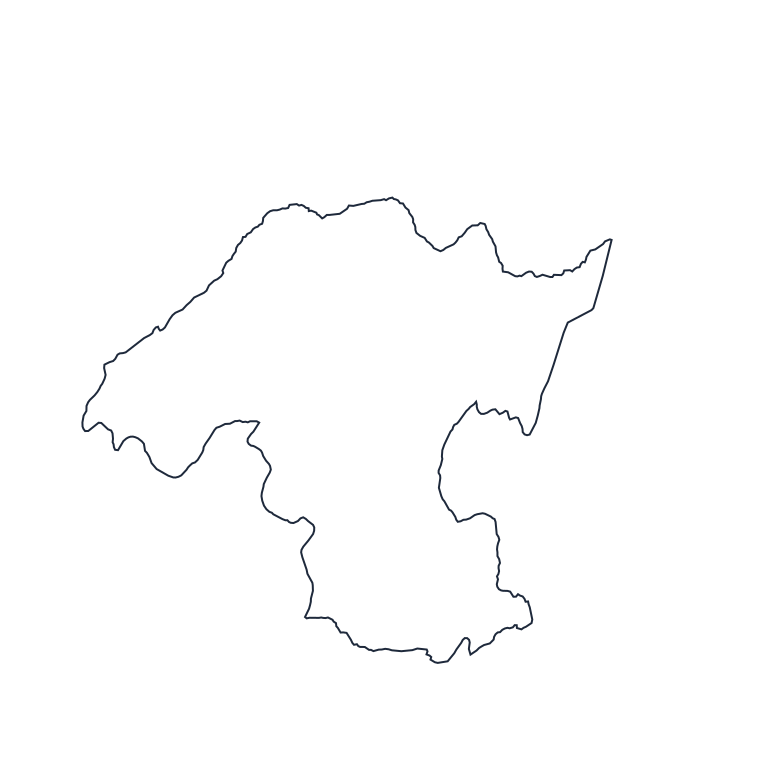 Sirisia, Western, Kenya (Equal Earth projection), rotated 211°
{"feature_id": "3690345B98600192059761", "entity_name": "Sirisia", "entity_type": "district", "adm_level": 2, "iso_a3": "KEN", "parent_name": "Kenya", "parent_adm1": "Western", "projection": "equal_earth", "projection_center": [34.469, 0.737], "detail": "fine", "context": "isolated", "style": "outline", "palette": "slate", "viewbox_px": 768, "rotation_deg": 211, "n_neighbors": 0, "source": "geoboundaries", "source_scale": "gbopen_adm2", "svg_char_len": 6154}
<svg xmlns="http://www.w3.org/2000/svg" viewBox="0 0 768 768"><g transform="rotate(211 384 384)"><path d="M460.7,548.5L463.4,547.2L466.6,548.6L469.0,548.3L470.9,547.6L472.8,548.1L475.3,545.7L476.9,542.6L479.1,542.5L481.5,539.9L488.3,535.1L490.3,532.8L492.5,530.8L493.7,528.4L495.9,526.8L502.0,520.9L506.0,518.9L505.9,515.2L509.6,507.1L517.6,501.0L520.1,499.5L521.1,496.2L522.3,494.1L526.8,495.2L528.7,494.9L530.2,496.0L535.7,495.1L537.5,493.5L539.2,495.8L541.8,494.8L544.5,495.3L547.0,495.0L548.7,493.2L551.4,493.3L557.2,488.9L556.8,485.5L559.0,483.5L561.5,482.2L563.2,479.8L565.2,477.8L568.5,475.8L570.6,473.5L572.0,470.3L573.1,464.2L571.7,461.3L571.0,458.6L572.8,456.3L573.2,453.9L574.9,451.9L576.0,449.4L576.3,445.4L578.5,442.1L578.5,438.8L580.6,437.3L579.6,433.9L579.8,430.8L580.8,428.0L580.7,424.5L579.3,421.1L579.7,418.1L579.8,415.5L579.1,412.7L580.8,409.5L581.7,406.7L580.9,398.1L578.9,396.3L579.1,392.5L580.8,388.0L582.8,385.1L584.8,378.4L584.2,372.6L585.3,369.5L591.3,360.3L592.3,354.6L593.8,350.0L595.0,344.1L599.5,337.6L600.7,334.0L601.1,329.2L600.9,319.6L601.8,316.7L603.4,314.5L605.5,315.3L607.2,316.7L608.7,315.0L609.3,311.7L608.7,308.3L609.9,305.4L613.3,299.8L621.7,278.1L623.6,276.1L626.3,274.1L627.5,271.9L627.3,267.1L628.0,264.2L630.5,261.4L633.6,256.6L632.1,253.5L627.3,248.4L626.2,244.6L625.6,239.0L625.9,236.5L625.5,233.5L625.6,229.4L626.2,225.2L627.9,218.9L628.2,216.0L627.7,212.0L625.2,207.6L625.2,202.2L622.7,195.7L620.5,192.3L618.6,190.8L616.0,189.7L613.3,191.4L608.7,203.8L606.2,205.0L597.2,203.0L593.9,203.6L591.3,201.9L588.1,197.5L586.6,194.3L584.8,193.1L583.0,190.8L580.6,189.1L577.9,190.3L578.0,200.8L576.8,204.5L575.6,206.6L574.1,208.3L572.1,209.6L569.8,210.3L566.9,210.7L562.0,210.1L559.0,209.1L554.4,203.6L551.8,202.9L547.5,200.6L542.5,196.5L535.1,194.0L521.6,194.3L516.4,195.4L514.5,196.5L512.4,198.6L510.7,201.3L509.1,208.8L509.0,211.7L508.4,214.2L507.5,217.2L505.6,219.4L504.6,223.0L504.5,231.7L504.9,234.3L506.1,237.1L506.2,241.1L505.7,247.9L505.6,257.3L505.1,260.2L502.9,262.7L499.6,267.9L495.6,270.6L492.6,275.5L490.9,276.5L488.9,278.3L485.5,278.6L483.2,280.4L481.0,281.0L479.6,283.1L473.9,286.5L471.1,286.6L471.4,275.8L472.2,272.7L472.6,267.0L471.3,264.3L469.1,263.0L466.2,262.7L464.1,263.6L462.2,263.8L457.7,263.8L455.2,263.5L453.2,262.4L450.4,260.0L445.6,257.5L441.4,256.2L439.5,255.1L436.9,252.3L436.3,249.2L436.2,243.4L435.5,236.3L434.4,233.8L432.7,227.9L431.3,224.8L428.3,221.3L424.2,217.9L420.3,216.1L416.4,215.4L413.8,215.9L411.8,215.3L401.4,215.9L398.4,216.4L396.6,217.5L394.4,216.8L392.5,217.0L390.0,218.2L387.2,222.2L386.4,225.8L384.6,228.1L381.5,228.1L378.5,227.4L372.2,226.7L369.9,225.1L368.3,222.2L367.5,218.9L368.2,210.9L369.4,203.1L369.3,199.4L368.3,197.0L364.8,193.5L354.7,185.0L351.9,181.9L343.0,176.7L341.5,174.9L338.4,170.1L336.1,162.4L334.6,159.7L333.5,156.4L332.5,152.8L331.7,143.6L329.6,143.3L327.4,145.3L319.2,150.1L317.6,151.5L315.6,152.2L313.5,153.3L311.8,155.0L306.7,155.4L304.8,154.4L302.0,154.3L300.1,151.8L298.0,151.2L293.2,148.6L291.0,150.1L287.9,151.4L280.6,147.7L277.8,145.8L275.4,145.0L273.2,147.0L271.0,146.1L269.1,146.3L265.0,148.7L259.9,148.4L258.2,149.4L255.5,149.6L251.7,153.6L249.1,155.3L246.6,157.6L243.4,159.0L240.1,159.8L231.5,163.9L222.6,170.5L219.2,174.4L210.6,178.4L209.0,177.2L208.3,174.1L205.1,174.7L202.9,174.3L202.2,171.7L197.1,171.7L194.3,172.6L186.6,179.1L185.1,189.4L185.2,193.7L184.5,202.0L184.7,205.1L183.9,207.8L181.8,209.0L179.3,208.5L177.4,206.6L174.8,200.6L170.5,196.6L167.4,203.2L166.5,206.8L165.1,209.5L163.8,211.8L159.7,216.1L158.4,221.4L159.4,224.0L159.5,226.9L158.6,229.6L156.7,231.1L156.0,234.2L154.5,236.7L152.6,238.6L150.5,239.3L148.2,241.8L147.8,244.6L146.0,245.6L144.4,243.3L139.8,244.5L138.8,246.9L137.3,249.0L134.4,255.1L135.6,258.5L144.1,267.7L146.6,269.7L148.5,271.8L150.5,270.3L152.9,272.2L155.7,273.3L158.5,272.7L160.9,272.8L161.3,269.7L163.5,268.3L168.9,271.0L171.5,270.3L175.6,268.0L177.3,267.4L179.8,267.3L182.5,268.6L184.2,270.5L185.7,275.3L188.1,277.3L188.1,280.1L189.0,282.9L191.0,285.2L192.1,287.2L192.4,290.3L195.1,293.2L198.1,294.9L200.1,298.2L201.9,300.4L203.2,303.1L204.2,306.2L204.9,309.8L207.1,311.9L210.1,313.4L217.3,323.2L219.7,325.2L221.7,324.9L224.1,325.4L230.6,324.8L232.9,324.0L237.0,320.4L238.8,318.3L241.1,313.2L243.7,310.1L246.0,308.5L247.6,305.8L249.8,303.9L252.2,304.9L254.4,306.8L259.2,309.3L261.3,310.0L263.5,309.8L271.9,314.6L274.3,315.4L277.0,317.3L283.5,323.3L287.3,332.4L288.9,334.6L291.4,335.9L292.6,338.0L293.5,343.7L295.4,349.8L297.0,351.6L299.9,357.3L301.1,363.1L302.5,377.5L301.9,380.3L302.6,382.7L302.7,385.2L301.1,387.5L300.6,389.8L299.5,403.3L298.6,406.3L298.3,408.6L296.3,413.2L295.9,416.2L293.9,414.2L292.8,412.3L290.9,410.4L288.1,408.8L285.4,408.4L283.0,409.8L280.7,412.6L279.1,416.0L277.8,417.9L275.5,419.7L269.5,417.6L267.4,420.5L266.1,423.5L264.0,424.0L259.4,419.5L257.7,418.5L253.8,423.3L251.5,423.9L247.2,420.6L244.3,418.9L242.1,416.8L240.3,414.2L237.5,413.2L235.0,413.8L233.1,415.7L233.9,428.8L236.0,436.3L238.3,443.3L239.5,445.7L241.7,451.9L243.0,454.5L243.6,457.0L244.3,463.0L244.8,470.8L248.5,487.7L256.4,520.5L258.1,531.3L244.2,554.2L243.6,556.8L252.2,589.4L263.1,624.7L264.9,624.3L268.0,620.1L268.3,616.8L272.2,608.2L275.8,604.6L275.9,597.2L275.0,594.7L274.5,591.7L276.6,591.0L277.1,588.4L276.5,584.9L278.7,583.1L279.9,580.6L280.6,577.4L283.1,577.4L288.0,574.1L287.3,571.2L288.0,568.7L294.6,565.1L294.7,562.5L296.6,561.3L304.4,559.3L306.1,556.8L308.1,554.5L310.3,554.2L312.7,555.6L315.2,556.3L317.6,555.1L319.5,552.6L321.8,547.2L323.6,546.7L325.1,544.9L327.1,544.0L335.1,543.7L340.0,541.6L341.7,543.7L343.2,546.5L346.0,548.0L348.2,548.1L351.4,551.3L353.5,552.5L355.7,554.5L359.3,559.4L364.0,562.1L365.9,563.9L370.7,566.0L373.0,567.9L375.9,569.4L378.2,571.8L380.1,573.0L384.4,571.6L385.4,568.3L390.0,565.3L392.4,559.6L392.7,555.2L393.5,550.6L395.5,548.2L395.2,544.9L395.6,541.9L396.3,539.5L401.1,532.5L402.2,529.4L404.0,526.9L411.4,526.1L413.6,527.3L418.4,528.4L420.6,528.3L424.4,530.2L429.3,529.6L434.0,530.2L436.4,532.2L438.0,534.7L439.8,536.3L442.3,537.5L443.9,540.3L445.8,541.8L450.3,543.5L452.5,545.7L456.5,546.3L460.7,548.5Z" fill="none" stroke="#1e293b" stroke-width="2"/></g></svg>